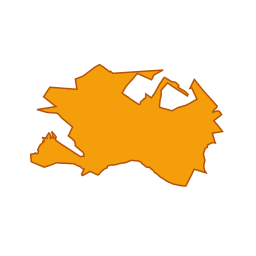 Osumacinta, Chiapas, Mexico, rotated 296°
{"feature_id": "50627088B17326140216089", "entity_name": "Osumacinta", "entity_type": "district", "adm_level": 2, "iso_a3": "MEX", "parent_name": "Mexico", "parent_adm1": "Chiapas", "projection": "equal_earth", "projection_center": [-93.085, 16.896], "detail": "fine", "context": "isolated", "style": "filled", "palette": "amber", "viewbox_px": 256, "rotation_deg": 296, "n_neighbors": 0, "source": "geoboundaries", "source_scale": "gbopen_adm2", "svg_char_len": 4976}
<svg xmlns="http://www.w3.org/2000/svg" viewBox="0 0 256 256"><g transform="rotate(296 128 128)"><path d="M195.5,134.2L170.5,90.4L171.3,87.2L170.4,86.7L171.8,80.4L172.5,74.6L168.1,71.5L155.0,64.9L152.6,62.7L149.7,60.0L149.0,59.2L144.2,62.5L142.2,63.8L140.4,65.1L138.5,60.4L137.0,56.6L135.7,53.4L134.1,49.3L132.1,44.2L130.4,40.0L127.1,39.5L123.3,39.0L119.0,38.5L118.4,41.4L116.8,48.6L115.7,53.8L109.5,45.1L106.8,41.2L105.4,39.1L104.6,38.1L104.9,39.2L105.1,40.1L105.3,41.2L105.4,42.3L105.6,43.1L105.7,43.9L106.0,45.3L106.2,46.7L106.7,49.0L107.9,51.9L108.4,52.9L109.2,55.1L109.9,56.8L110.1,58.2L110.1,59.0L109.2,61.2L108.5,63.0L107.6,65.4L106.9,68.6L106.7,69.3L106.3,70.6L105.9,72.8L105.3,74.8L104.8,76.2L104.7,77.7L100.4,77.8L99.0,77.8L98.4,77.8L96.7,77.9L94.8,77.8L94.7,78.3L94.6,78.5L94.1,81.1L93.0,84.9L92.9,85.3L91.2,87.2L90.3,87.8L89.0,88.2L86.3,98.6L85.5,99.3L84.3,100.4L84.0,100.5L83.2,100.7L82.6,99.3L81.4,98.1L82.6,87.9L82.8,86.7L83.0,85.2L83.2,83.5L83.3,82.6L83.4,81.7L83.6,80.2L83.9,77.9L84.0,76.8L84.0,76.0L84.2,74.9L84.3,74.2L84.4,73.9L84.5,72.6L84.6,72.1L84.8,71.2L84.9,70.6L85.4,68.6L85.4,68.4L85.5,68.1L86.8,67.7L87.6,67.5L88.6,67.2L91.2,61.5L91.0,61.2L89.5,62.8L87.2,63.6L86.6,67.0L86.4,65.6L86.7,64.5L86.4,64.0L84.6,63.0L86.9,61.6L88.8,60.1L88.9,59.1L86.1,58.6L84.9,58.7L84.3,58.6L83.3,59.4L83.1,58.0L82.4,57.8L82.1,55.6L81.9,55.6L81.5,55.6L81.6,56.5L81.4,57.1L80.9,57.4L79.7,58.5L79.3,58.1L79.0,58.0L78.9,57.2L77.4,57.9L74.6,56.6L71.7,56.3L68.5,56.5L68.0,57.6L65.7,58.1L65.4,58.1L65.0,57.0L64.9,56.8L64.9,56.0L64.9,55.5L64.0,55.2L61.7,52.0L56.8,54.9L55.3,55.8L55.3,56.6L55.5,60.3L55.6,61.8L56.0,69.4L56.0,69.8L60.7,74.7L65.3,78.8L66.9,82.7L67.6,84.4L68.4,86.2L68.7,86.8L69.5,88.7L70.1,90.3L70.6,91.3L71.0,92.4L71.4,93.3L72.1,94.8L72.1,95.4L72.1,97.7L72.1,99.4L72.2,100.7L72.2,102.8L71.5,105.0L71.8,106.5L66.2,106.5L65.4,107.4L65.4,108.1L72.4,113.0L72.5,121.5L74.0,122.4L75.6,122.5L76.6,123.0L77.2,123.1L78.1,123.5L79.4,124.2L80.2,124.5L81.1,124.9L82.2,125.8L82.9,126.7L83.5,126.6L84.0,126.4L85.0,126.5L86.0,127.3L86.9,128.5L87.7,129.4L88.2,131.0L89.9,133.4L91.3,134.8L92.9,136.9L93.9,138.0L94.9,139.9L96.0,141.1L97.2,142.4L98.8,143.6L100.9,145.9L101.2,147.8L102.2,149.7L102.8,151.3L102.9,152.7L103.0,153.7L102.9,154.8L102.0,156.6L101.8,157.6L101.7,158.9L101.2,160.2L101.0,161.6L101.1,162.7L101.7,163.5L101.9,164.3L102.0,165.0L101.2,166.7L101.2,168.0L100.9,169.1L100.4,170.3L99.7,171.4L99.6,172.1L99.6,173.6L99.2,174.6L99.0,175.9L98.5,177.0L98.1,178.6L98.1,179.3L98.0,179.9L97.9,180.9L97.8,181.9L97.7,183.3L97.6,184.4L97.2,185.5L97.3,187.1L97.1,188.0L97.4,189.6L97.4,191.7L97.5,193.0L97.6,194.1L98.2,196.0L98.9,199.1L99.6,201.4L100.0,202.2L100.4,203.6L100.6,204.2L100.9,204.7L101.2,205.4L114.4,205.6L120.0,205.6L120.2,207.0L121.1,212.8L121.9,217.9L122.9,216.6L122.9,215.8L127.2,212.6L132.6,211.3L137.9,207.0L143.6,206.4L145.5,207.8L147.4,206.9L151.8,210.1L152.8,213.1L154.3,211.5L157.3,208.8L158.4,207.8L160.3,206.1L160.8,206.8L161.6,207.9L166.3,214.5L169.8,207.3L172.2,201.9L178.3,204.9L179.6,205.5L180.7,206.1L181.2,206.2L182.3,204.2L182.9,202.9L183.0,201.9L182.3,200.6L181.2,199.2L179.4,197.4L180.1,197.1L182.4,197.5L184.1,198.2L184.9,198.6L185.6,198.7L186.0,198.8L186.7,198.6L188.3,194.7L194.8,178.8L200.7,166.3L190.7,166.3L191.1,166.8L192.0,167.7L191.7,168.0L190.9,169.0L190.4,169.6L188.0,172.5L187.3,173.5L185.3,175.9L185.0,176.2L184.1,177.3L182.8,176.5L182.3,176.1L182.0,175.9L181.0,175.1L180.7,175.0L179.9,174.4L178.8,173.7L177.2,172.7L176.8,172.4L175.4,171.3L174.5,170.6L173.0,169.3L171.8,167.9L171.1,167.1L168.5,164.2L167.1,163.2L162.8,160.1L162.2,157.2L161.9,155.2L161.5,153.2L160.9,150.2L160.7,149.1L160.6,148.3L160.4,147.4L163.1,146.0L166.1,145.0L166.3,144.8L171.9,143.5L172.9,143.1L174.5,142.2L176.2,141.2L177.3,141.5L177.8,141.7L178.8,141.9L179.3,142.0L180.3,142.3L181.4,142.6L182.2,142.8L182.7,142.9L183.4,143.1L183.9,143.3L184.6,143.4L185.2,143.6L185.8,143.8L185.6,145.0L185.1,148.5L185.0,149.2L184.7,151.9L184.4,153.5L184.3,154.3L184.2,155.3L184.1,155.9L184.0,156.8L184.0,157.2L183.9,158.1L183.9,158.3L183.9,158.6L183.9,159.1L183.8,159.4L183.8,159.7L183.8,160.0L183.4,162.6L183.3,163.6L182.8,167.2L184.6,167.2L185.3,165.2L186.0,162.4L186.2,158.7L186.4,156.6L186.4,155.3L188.2,154.8L188.3,154.9L188.4,155.1L188.5,155.0L188.7,154.6L189.8,151.2L189.8,150.2L189.4,149.1L189.2,148.5L189.1,148.0L188.8,147.3L189.0,145.4L189.2,142.3L189.4,139.9L189.4,138.5L186.9,137.9L180.4,137.1L174.6,136.9L171.3,136.7L165.4,135.8L165.8,133.0L166.0,132.1L166.4,129.1L165.9,129.5L165.1,129.5L163.0,130.6L161.7,130.0L161.1,129.4L160.6,129.6L160.0,129.2L156.8,127.8L156.7,127.8L155.7,128.4L154.2,128.3L154.0,128.0L154.1,126.5L154.2,124.7L155.2,116.6L155.5,115.6L155.7,115.0L156.7,107.5L161.5,107.7L165.6,108.3L167.2,108.7L168.1,108.9L171.1,109.9L172.5,110.3L173.5,110.6L178.2,111.7L180.4,112.3L181.0,112.4L181.3,116.2L181.5,123.0L181.6,125.6L181.7,128.0L184.0,128.1L186.4,128.0L188.2,128.8L195.5,134.2Z" fill="#f59e0b" stroke="#b45309" stroke-width="1.5"/></g></svg>